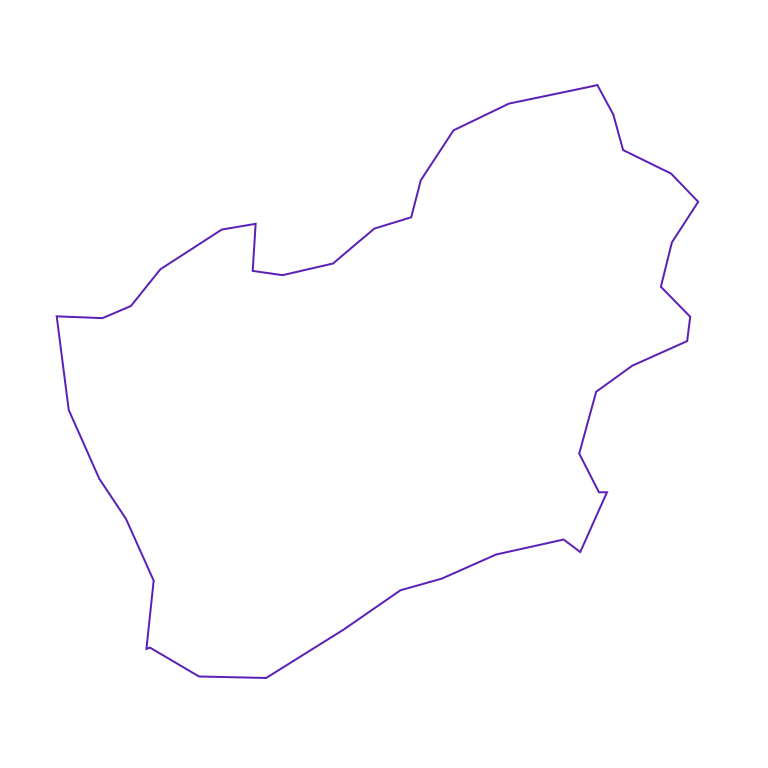 outline of Aileu, rotated 177°
{"feature_id": "TLS-544", "entity_name": "Aileu", "entity_type": "District", "adm_level": 1, "iso_a3": "TLS", "parent_name": "East Timor", "parent_adm1": "", "projection": "robinson", "projection_center": [125.606, -8.71], "detail": "fine", "context": "isolated", "style": "outline", "palette": "violet", "viewbox_px": 768, "rotation_deg": 177, "n_neighbors": 0, "source": "natural_earth", "source_scale": "10m", "svg_char_len": 711}
<svg xmlns="http://www.w3.org/2000/svg" viewBox="0 0 768 768"><g transform="rotate(177 384 384)"><path d="M517.1,96.6L584.1,101.6L631.5,133.0L635.1,131.9L624.3,199.7L648.8,263.0L673.3,304.3L700.2,374.6L707.3,468.7L661.7,464.5L632.6,475.2L601.3,510.3L538.0,546.7L503.8,550.7L509.2,503.8L479.7,498.0L428.6,507.0L407.1,523.4L385.5,539.7L348.1,549.1L336.6,585.5L301.3,633.7L244.5,657.5L162.8,670.1L155.3,671.4L140.9,641.1L133.0,605.1L86.2,579.0L60.7,549.5L89.1,510.3L102.4,466.6L74.7,435.1L79.0,411.0L135.1,389.3L172.5,365.2L192.7,304.3L175.0,264.6L167.0,264.2L178.3,242.2L196.8,205.9L212.8,219.3L281.2,207.8L336.6,186.6L378.3,177.2L437.3,140.8L517.1,96.6Z" fill="none" stroke="#5b21b6" stroke-width="2"/></g></svg>